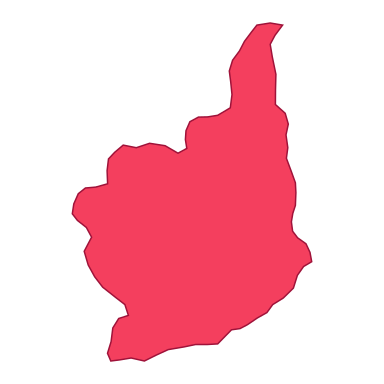 the district of São Domingos das Dores, Minas Gerais, Brazil
{"feature_id": "56859067B13750100208700", "entity_name": "São Domingos das Dores", "entity_type": "district", "adm_level": 2, "iso_a3": "BRA", "parent_name": "Brazil", "parent_adm1": "Minas Gerais", "projection": "albers", "projection_center": [-42.029, -19.515], "detail": "fine", "context": "isolated", "style": "filled", "palette": "rose", "viewbox_px": 384, "rotation_deg": 0, "n_neighbors": 0, "source": "geoboundaries", "source_scale": "gbopen_adm2", "svg_char_len": 1186}
<svg xmlns="http://www.w3.org/2000/svg" viewBox="0 0 384 384"><path d="M311.7,261.7L310.0,252.4L306.0,243.8L297.6,237.8L292.6,231.2L291.4,221.8L292.8,213.4L295.4,205.4L295.9,192.7L295.4,182.8L291.4,171.7L286.4,158.3L287.8,147.7L286.0,134.9L288.3,124.1L285.2,113.3L275.4,104.5L275.5,89.9L275.9,74.3L272.3,56.9L270.2,44.3L275.0,35.3L282.6,25.1L270.2,23.0L256.9,25.1L251.5,32.0L244.5,41.3L239.5,50.9L232.6,60.2L229.3,71.0L230.7,81.8L232.0,94.6L230.3,107.8L217.7,115.3L207.7,116.9L198.4,117.1L189.9,121.7L186.0,130.7L185.4,139.6L186.8,148.4L178.0,153.2L165.1,145.7L149.6,143.3L136.3,147.7L123.2,145.1L114.7,152.3L108.5,158.9L107.1,170.6L107.6,183.8L95.7,187.1L85.4,188.0L78.3,193.7L73.8,203.9L72.3,213.8L77.4,220.4L86.4,227.5L91.6,237.2L84.2,251.3L88.2,265.0L94.7,276.8L102.7,287.2L115.6,297.4L124.9,304.6L128.4,315.4L118.7,318.5L112.8,328.0L111.1,341.6L107.5,353.3L110.8,361.0L119.6,359.9L131.1,358.0L144.4,361.0L155.8,355.3L168.2,349.6L184.1,346.9L195.6,344.5L207.5,344.5L217.7,343.9L225.0,336.4L231.5,329.8L240.0,328.6L247.4,324.7L257.6,317.8L266.9,312.6L272.7,304.6L283.3,298.0L293.4,288.1L297.4,275.3L303.6,266.5L311.7,261.7Z" fill="#f43f5e" stroke="#9f1239" stroke-width="1.5"/></svg>